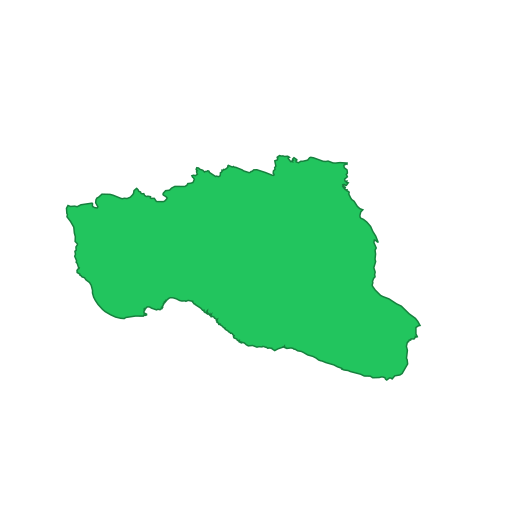 Foro, Semenawi Keyih Bahri, Eritrea, rotated 122°
{"feature_id": "51966322B48521373855800", "entity_name": "Foro", "entity_type": "district", "adm_level": 2, "iso_a3": "ERI", "parent_name": "Eritrea", "parent_adm1": "Semenawi Keyih Bahri", "projection": "equal_earth", "projection_center": [39.538, 15.185], "detail": "fine", "context": "isolated", "style": "filled", "palette": "green", "viewbox_px": 512, "rotation_deg": 122, "n_neighbors": 0, "source": "geoboundaries", "source_scale": "gbopen_adm2", "svg_char_len": 6132}
<svg xmlns="http://www.w3.org/2000/svg" viewBox="0 0 512 512"><g transform="rotate(122 256 256)"><path d="M261.9,393.1L265.2,394.1L267.6,393.1L269.2,393.0L272.7,393.7L275.6,395.8L276.8,398.3L278.2,399.6L278.7,401.0L280.2,409.5L281.1,412.5L285.2,419.4L289.7,420.7L291.1,421.6L293.1,421.5L295.8,420.2L298.1,416.1L299.5,416.2L300.5,418.7L300.6,420.6L300.1,421.3L298.1,422.5L298.1,423.1L305.3,431.6L309.0,433.8L309.8,436.2L312.3,439.6L312.8,442.2L316.0,442.0L320.1,439.0L320.7,437.9L322.9,437.1L325.0,431.6L328.1,425.8L332.8,422.2L335.3,419.5L339.5,417.1L340.3,413.9L341.1,413.4L343.7,413.5L346.5,411.5L347.9,412.1L350.2,410.0L352.3,409.6L355.1,405.6L356.6,405.2L357.0,403.7L359.8,400.4L359.7,399.6L360.4,399.4L361.1,400.0L363.0,400.2L364.8,398.9L364.7,395.7L365.5,395.2L365.4,393.9L365.9,392.5L365.3,389.9L366.3,387.7L366.7,383.1L368.2,380.2L371.8,376.4L374.0,375.1L376.9,371.9L378.8,368.7L380.8,364.3L382.6,357.9L383.1,354.4L382.9,348.1L382.2,342.7L380.5,337.7L378.9,334.6L377.1,333.8L370.8,326.4L366.7,319.7L365.2,319.7L365.3,318.7L364.0,317.6L363.3,318.0L363.6,320.9L362.2,321.7L360.9,321.7L360.8,322.3L360.1,322.8L359.7,322.8L359.7,321.8L357.6,321.6L356.4,320.9L355.6,319.1L355.6,317.0L354.4,311.8L353.1,310.9L352.4,308.9L351.7,308.9L350.6,307.9L349.5,308.0L349.4,308.7L348.7,308.1L348.3,308.6L345.4,308.8L345.2,309.3L343.9,308.6L343.5,308.6L343.3,309.1L343.6,309.3L343.3,309.4L342.6,308.7L342.4,309.6L342.3,308.8L341.4,309.0L341.2,308.4L338.1,307.5L336.8,306.6L335.4,304.2L334.5,300.8L334.2,297.2L333.5,295.1L331.7,292.5L331.6,291.5L329.6,290.0L328.0,285.8L328.4,285.8L329.4,283.1L329.0,282.5L329.4,281.9L329.5,275.2L330.3,272.5L329.9,271.7L330.3,271.1L329.9,271.1L330.7,270.2L330.9,269.2L330.5,268.8L330.9,267.4L330.7,267.0L330.0,267.1L329.5,268.0L328.7,268.4L328.2,268.3L329.4,267.8L329.7,266.9L330.4,266.2L330.4,266.7L330.8,266.7L330.9,266.2L330.2,265.5L330.3,264.5L330.0,264.4L330.6,264.2L330.8,263.2L329.4,262.9L330.9,262.4L331.3,261.8L330.3,260.9L330.1,259.2L330.7,258.2L330.5,257.4L330.9,255.5L330.2,255.2L330.9,255.0L331.2,255.7L331.9,255.3L332.3,253.8L332.8,253.9L332.9,252.0L333.5,251.5L333.1,251.3L333.3,250.8L332.8,250.2L333.3,250.0L333.3,247.8L333.9,245.6L333.6,244.0L334.2,243.9L334.5,242.1L334.3,240.5L334.8,238.9L334.6,237.8L335.0,236.6L334.5,236.2L334.4,234.9L335.1,233.6L335.2,232.3L335.9,232.4L336.1,231.7L336.1,232.4L336.4,232.3L337.1,231.3L336.6,228.2L337.2,227.6L337.3,226.5L336.4,225.5L337.5,225.1L337.1,224.6L337.7,223.9L337.5,222.9L337.1,223.2L337.1,222.5L336.8,222.7L335.9,219.8L336.4,217.2L336.3,214.9L333.7,211.5L332.8,206.9L331.3,205.4L329.9,202.7L329.2,202.5L328.5,201.1L328.4,199.8L327.9,198.9L328.0,197.1L327.0,196.1L325.9,193.7L326.2,193.4L326.3,190.0L323.1,188.2L319.0,184.8L318.5,185.6L318.8,184.7L318.6,184.2L317.6,184.1L318.1,183.8L318.0,182.8L318.4,183.0L318.1,180.9L315.4,177.6L314.7,175.5L314.9,174.5L314.3,173.3L314.3,170.4L312.9,167.0L312.7,165.3L312.5,159.7L311.0,154.6L310.7,151.1L311.0,147.7L310.6,145.8L310.0,144.2L309.4,140.4L307.1,132.3L306.8,128.2L305.9,124.3L305.9,122.4L306.2,123.8L306.5,123.5L306.0,121.0L304.3,117.1L304.0,114.8L300.8,104.6L300.4,100.6L297.3,95.4L297.4,92.5L293.7,87.0L292.3,85.8L291.4,84.4L290.9,82.2L291.8,80.9L291.9,79.4L288.7,78.2L288.1,77.1L288.1,75.4L284.1,74.8L280.6,70.9L278.2,69.8L267.2,70.2L263.9,72.8L263.0,74.2L255.8,77.6L252.9,80.6L249.4,81.8L248.0,81.7L247.8,81.2L246.0,81.5L245.4,80.3L244.1,80.5L242.6,78.0L240.3,77.8L239.9,78.1L239.7,77.3L239.1,77.5L239.3,76.6L239.0,76.4L237.3,79.1L231.9,82.5L229.0,81.2L228.0,80.1L225.8,84.0L224.4,87.8L223.9,95.4L221.5,106.2L222.1,111.5L221.9,120.5L223.2,127.0L223.4,129.5L221.7,136.9L219.9,141.1L219.1,142.1L216.8,142.7L215.9,143.7L212.7,144.4L210.6,144.0L208.8,145.6L206.5,146.4L203.5,149.9L197.3,151.6L195.6,153.4L191.0,155.6L188.0,158.1L185.5,158.3L182.1,163.2L179.7,164.1L179.4,163.0L179.8,160.4L179.4,160.0L175.7,165.0L173.3,169.9L170.2,174.5L168.5,180.0L168.0,184.2L168.4,187.1L168.1,188.1L166.6,189.4L163.1,190.5L160.2,189.9L160.8,193.0L160.2,196.4L157.6,201.8L157.4,204.7L156.6,206.5L154.2,210.3L153.0,210.5L152.3,211.4L152.5,213.5L151.6,213.9L152.3,214.8L152.4,215.8L152.1,216.3L150.5,216.6L150.5,217.1L151.5,217.1L151.8,217.6L150.8,219.6L150.4,219.6L150.0,218.7L149.4,220.1L148.8,219.5L148.4,218.8L148.6,217.3L148.2,216.8L145.1,216.6L145.7,218.3L144.3,218.6L145.1,219.6L145.2,220.4L143.8,221.6L140.4,220.5L138.9,222.7L137.4,222.4L136.4,223.0L134.7,224.5L134.4,227.8L132.9,229.4L132.0,229.4L131.2,228.8L130.5,229.2L130.0,227.5L128.9,228.0L132.3,234.3L135.2,238.0L136.3,240.1L137.3,245.2L138.8,246.8L140.1,249.2L142.2,259.1L143.3,261.9L144.2,262.6L147.3,263.0L150.9,266.5L151.9,268.2L154.4,269.4L154.9,271.9L153.8,272.6L153.1,272.2L152.7,272.4L152.5,275.9L154.5,276.3L155.0,275.1L156.1,275.8L156.7,275.0L157.0,276.1L157.6,276.5L156.2,280.5L155.6,280.8L154.6,280.0L154.5,281.2L154.7,282.2L156.4,284.4L156.8,286.0L158.0,287.9L158.3,289.2L160.2,290.1L160.9,289.7L161.2,290.2L162.3,289.0L163.3,288.9L165.3,290.5L169.3,286.8L171.2,287.0L172.3,285.8L174.7,286.3L176.8,285.2L177.1,284.1L177.7,283.7L178.3,283.8L178.9,285.0L180.3,292.6L182.4,301.0L184.2,303.6L186.2,304.1L186.8,304.9L188.3,305.3L189.0,306.1L190.4,311.7L190.3,313.3L191.5,320.2L192.2,321.2L192.0,322.5L193.1,323.2L193.8,327.5L194.7,327.6L195.5,326.9L197.6,327.5L199.3,328.3L199.7,329.3L200.4,329.2L201.3,330.4L202.0,329.7L203.3,329.7L204.2,330.3L206.9,328.9L208.5,329.7L209.3,332.0L210.0,332.4L209.8,340.0L209.1,340.6L209.0,341.2L209.5,342.3L210.3,342.4L211.1,343.7L212.1,344.2L211.5,346.6L212.2,349.6L211.8,351.3L212.5,353.0L214.2,352.7L214.8,350.9L215.5,351.4L216.8,350.4L217.7,349.0L220.0,350.0L220.5,351.7L221.9,352.9L222.7,351.7L222.9,350.4L223.7,348.9L227.0,348.4L228.7,349.7L230.7,352.2L232.5,352.1L234.7,353.1L240.0,361.7L243.2,363.6L246.0,364.2L248.5,367.3L251.9,367.9L252.9,367.6L253.4,366.9L253.4,363.8L253.9,362.1L255.3,362.0L258.0,362.6L259.0,363.4L262.4,368.9L262.4,369.7L261.0,372.8L262.7,375.5L262.7,376.4L261.6,376.9L262.6,379.5L263.4,380.0L263.7,381.1L263.7,382.5L262.6,384.2L263.7,385.7L263.7,387.0L262.9,387.9L263.3,389.6L262.5,390.7L261.9,392.8L261.9,393.1Z" fill="#22c55e" stroke="#15803d" stroke-width="1.5"/></g></svg>